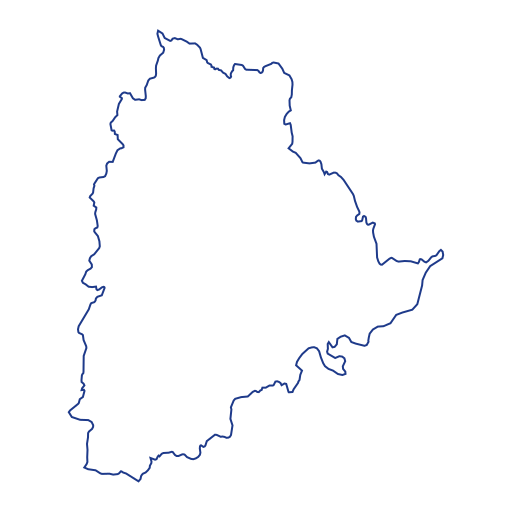 map outline of Telangana (Equal Earth projection)
{"feature_id": "IND-20011", "entity_name": "Telangana", "entity_type": "State", "adm_level": 1, "iso_a3": "IND", "parent_name": "India", "parent_adm1": "", "projection": "equal_earth", "projection_center": [78.948, 17.86], "detail": "fine", "context": "isolated", "style": "outline", "palette": "blue", "viewbox_px": 512, "rotation_deg": 0, "n_neighbors": 0, "source": "natural_earth", "source_scale": "10m", "svg_char_len": 5917}
<svg xmlns="http://www.w3.org/2000/svg" viewBox="0 0 512 512"><path d="M93.7,205.7L94.3,202.5L93.8,201.5L89.7,197.5L90.2,196.1L92.6,193.6L93.1,192.5L93.6,188.3L94.4,185.8L94.0,184.4L94.4,183.6L97.9,178.2L99.4,177.5L103.5,177.0L105.1,176.2L106.3,173.6L106.8,170.9L106.3,165.7L107.1,163.5L109.1,161.8L112.7,161.9L115.9,153.4L117.5,150.2L120.4,148.3L121.4,148.3L123.5,147.3L123.5,145.4L122.9,144.4L117.8,139.2L117.6,135.0L114.9,134.0L114.7,131.5L114.0,130.5L112.4,130.7L111.6,130.3L110.4,124.0L110.8,122.6L112.6,121.0L115.2,117.2L117.4,115.1L117.1,111.5L118.9,103.9L121.8,99.1L121.9,98.2L119.8,96.7L119.8,96.3L122.1,93.5L123.6,92.6L125.0,92.5L127.9,93.5L130.0,93.2L132.9,98.3L135.1,99.8L139.1,99.3L141.5,100.1L144.7,99.9L145.7,98.3L145.8,96.1L145.1,89.7L145.2,87.7L146.7,85.1L148.3,80.5L149.9,78.7L154.0,77.6L154.8,77.1L155.8,75.8L156.1,73.7L155.9,68.2L156.1,65.6L157.9,60.4L158.4,58.1L159.9,55.5L163.2,52.7L164.1,49.7L163.8,47.8L163.1,46.9L161.5,46.2L160.8,45.1L158.1,36.5L157.4,33.8L158.1,30.7L162.5,33.5L164.7,38.0L170.2,40.9L171.4,40.5L172.6,38.7L174.8,38.1L177.8,39.3L180.5,38.8L181.6,39.1L186.7,41.6L189.5,43.6L195.1,43.4L197.2,44.8L200.0,47.7L200.6,49.1L202.9,57.9L206.6,60.1L207.2,62.4L207.8,63.0L210.9,64.5L211.5,65.7L211.5,66.8L214.1,67.6L214.3,68.9L215.1,69.3L216.6,68.6L218.0,68.7L218.8,69.9L221.1,70.4L223.0,72.6L225.5,73.9L227.2,76.4L229.4,78.1L230.4,77.7L231.1,76.7L230.7,75.0L230.9,73.4L232.2,71.1L233.1,70.4L233.3,67.3L234.0,65.3L235.0,64.0L241.8,65.0L243.0,65.7L245.1,69.0L246.3,69.7L257.4,70.1L258.6,71.0L259.4,72.3L260.5,73.0L261.6,72.7L262.5,71.8L263.0,70.4L263.2,68.0L264.0,67.0L265.4,66.2L271.4,63.8L272.2,62.9L273.6,62.5L278.5,63.5L282.3,68.7L284.2,72.9L289.4,75.4L291.6,79.2L292.4,82.0L292.5,84.7L291.9,90.3L291.8,94.5L291.3,97.2L289.9,98.8L289.5,100.3L289.7,105.7L290.8,110.4L288.8,111.6L286.7,113.9L284.9,116.9L284.1,120.1L284.3,123.8L285.7,124.5L290.0,123.2L290.7,124.9L291.7,132.6L292.6,136.3L292.5,141.8L292.2,143.8L288.6,148.3L292.9,151.6L295.7,152.8L300.5,158.2L302.4,162.1L303.0,162.6L309.5,163.4L315.4,162.6L317.8,160.8L318.8,160.4L319.8,160.8L320.5,161.7L321.4,164.2L321.9,168.7L323.9,172.2L324.6,174.2L326.2,171.6L327.1,172.0L328.0,174.1L329.3,174.6L333.8,172.6L335.6,172.7L337.0,173.4L338.4,175.2L341.0,177.0L343.6,179.9L353.0,194.1L353.8,195.9L355.0,200.9L357.1,206.9L359.1,211.1L359.5,212.3L359.3,214.0L357.1,215.5L356.0,216.9L355.8,219.1L356.3,220.6L357.8,221.6L361.6,221.1L362.2,220.2L363.0,216.6L364.0,216.0L365.5,216.8L366.0,218.1L366.4,222.6L367.0,223.9L367.7,224.6L368.7,224.7L372.8,222.6L374.8,223.4L375.0,224.3L373.4,228.5L373.0,230.3L373.1,232.5L373.9,236.7L376.5,243.8L377.1,257.5L378.3,261.3L379.6,263.7L380.8,264.6L382.0,264.7L389.5,258.7L391.3,257.8L392.1,258.0L396.6,261.0L398.6,261.6L404.7,261.0L410.8,261.3L417.9,263.4L418.9,262.0L419.8,259.3L420.5,259.1L421.6,259.4L424.4,261.7L426.1,262.4L428.4,260.8L431.2,257.3L432.4,256.4L435.3,255.9L436.4,255.3L439.3,251.2L440.9,249.9L442.6,251.6L443.2,255.0L442.4,258.3L430.2,266.1L425.8,272.6L422.6,280.0L422.1,285.5L417.3,304.2L412.3,309.7L402.5,312.5L396.2,314.9L390.5,323.2L383.5,326.2L377.8,326.6L372.9,329.5L369.7,333.6L368.8,337.5L368.3,340.7L368.5,341.8L366.7,345.0L364.5,345.8L355.7,343.6L351.3,342.0L349.0,337.9L344.8,335.4L340.7,336.7L337.4,338.9L336.8,344.3L334.6,346.9L332.5,347.3L328.8,342.1L327.7,344.0L327.9,348.8L327.1,351.7L327.7,353.6L335.2,358.0L339.4,356.2L342.2,356.6L344.4,358.3L345.2,361.2L342.8,366.3L343.1,368.9L345.3,371.6L345.5,373.9L342.4,375.0L337.9,374.0L333.0,370.6L328.5,368.9L325.0,366.2L323.2,363.2L320.9,357.4L319.1,351.2L316.9,348.3L314.1,347.2L311.8,347.4L308.6,348.3L302.3,354.0L299.3,358.0L297.0,361.8L296.1,365.3L302.0,370.6L300.3,374.8L299.5,380.0L298.4,381.5L298.1,382.8L293.6,389.3L292.5,392.0L288.9,392.3L288.5,391.9L286.2,383.9L284.5,383.5L281.6,385.2L280.5,383.0L278.9,381.9L277.1,381.3L275.4,381.6L273.7,385.0L272.9,385.5L269.5,385.5L265.7,387.7L262.4,387.7L261.6,390.0L260.4,390.4L258.8,392.1L257.3,392.0L255.9,391.0L254.9,390.8L252.7,391.9L247.8,396.5L241.2,397.1L235.2,398.8L233.7,400.5L230.9,407.3L231.4,409.5L230.4,418.9L232.5,425.4L231.0,435.0L229.9,436.8L228.4,437.6L226.5,437.8L224.5,436.9L222.3,436.5L220.8,436.8L216.7,434.9L215.0,434.7L206.8,441.1L205.4,445.5L204.7,446.4L203.4,446.9L201.0,445.3L200.5,445.5L200.0,446.3L199.8,448.4L200.4,452.7L199.9,454.8L198.2,456.9L195.8,458.4L193.3,459.2L191.1,458.9L187.0,457.1L184.7,454.7L183.8,454.3L182.4,454.3L178.5,456.0L176.6,456.0L175.0,455.0L172.7,452.0L171.7,451.8L168.7,452.7L163.4,453.0L161.7,453.8L159.5,456.4L158.6,455.6L157.8,456.5L156.5,459.2L155.1,459.7L150.5,458.0L151.5,461.6L151.3,463.2L149.9,465.7L149.7,467.8L147.9,470.3L145.6,472.5L142.9,473.7L141.9,474.8L141.1,476.1L140.5,479.0L138.5,481.3L126.1,473.5L123.1,472.5L121.5,471.4L120.9,471.3L119.0,473.4L117.7,474.1L113.2,474.6L109.4,473.7L102.0,473.9L100.4,473.4L95.6,470.3L88.1,469.2L84.3,467.5L86.6,464.1L87.4,462.0L87.2,457.2L87.5,449.9L87.0,443.9L88.0,437.4L88.1,433.1L88.9,431.6L92.1,428.9L93.1,426.9L93.2,425.2L91.6,422.0L88.3,420.1L80.1,419.8L71.8,417.0L68.8,412.2L70.1,410.4L78.2,403.8L78.8,403.0L79.8,399.2L82.9,397.0L84.5,390.9L83.9,389.8L81.6,390.1L82.1,388.3L84.4,385.4L83.6,383.7L81.6,382.0L81.5,380.1L81.9,375.4L82.3,374.3L83.3,373.2L83.5,371.7L83.7,355.9L86.4,348.0L86.2,346.2L83.6,340.1L82.9,335.1L82.1,334.3L79.0,332.9L78.4,332.1L78.0,329.3L78.7,326.2L88.8,309.3L90.5,304.3L91.3,303.1L94.2,302.2L95.0,301.4L95.6,300.3L95.9,298.5L97.4,296.8L101.8,295.3L104.6,287.9L104.3,287.1L103.6,286.8L102.0,287.3L99.1,289.5L97.4,290.1L96.5,289.3L96.0,286.6L92.2,287.1L88.6,286.7L85.6,284.3L82.9,282.8L81.9,280.8L85.3,274.3L86.2,271.6L87.7,270.2L90.6,268.6L91.9,267.1L91.8,264.5L89.3,260.7L89.9,258.2L91.2,256.2L94.2,254.3L99.2,248.1L99.8,246.3L99.4,241.3L97.9,236.1L94.6,232.0L94.2,231.2L94.4,229.2L95.4,228.3L97.3,227.5L97.7,226.0L96.9,220.4L95.1,213.9L95.3,212.2L96.2,209.4L96.3,207.5L93.7,205.7Z" fill="none" stroke="#1e3a8a" stroke-width="2"/></svg>